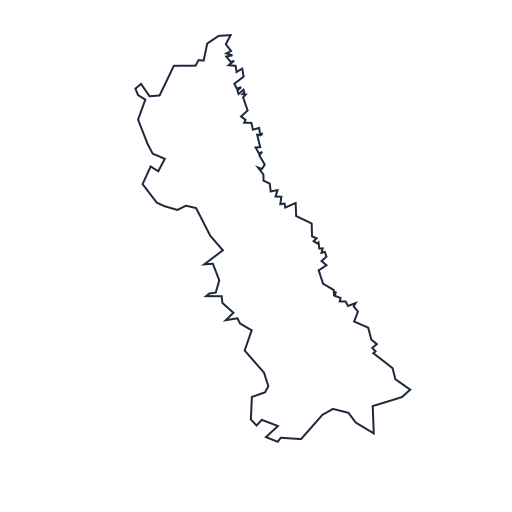 outline of Jericho & Al Aghwar, West Bank, Palestine, rotated 332°
{"feature_id": "87354302B18647900198549", "entity_name": "Jericho & Al Aghwar", "entity_type": "district", "adm_level": 2, "iso_a3": "PSE", "parent_name": "Palestine", "parent_adm1": "West Bank", "projection": "robinson", "projection_center": [35.498, 31.968], "detail": "medium", "context": "isolated", "style": "outline", "palette": "slate", "viewbox_px": 512, "rotation_deg": 332, "n_neighbors": 0, "source": "geoboundaries", "source_scale": "gbopen_adm2", "svg_char_len": 1937}
<svg xmlns="http://www.w3.org/2000/svg" viewBox="0 0 512 512"><g transform="rotate(332 256 256)"><path d="M337.3,49.1L326.4,44.1L312.7,45.5L301.5,58.9L297.2,56.1L292.0,59.6L272.8,49.5L246.2,69.0L237.0,65.0L235.3,50.1L228.1,51.6L227.4,58.6L231.7,66.0L215.9,80.2L212.9,105.8L212.8,117.1L221.1,127.4L209.5,135.3L205.0,127.5L189.6,139.3L193.4,162.2L198.3,168.8L208.2,178.4L217.8,178.7L225.6,185.6L225.1,216.6L229.4,235.4L206.4,239.1L214.3,242.6L212.1,260.3L203.3,269.4L197.1,267.2L193.1,268.0L206.8,275.4L204.3,281.7L209.4,295.5L199.1,298.5L210.4,302.3L210.2,308.1L217.3,319.6L201.6,334.1L208.3,362.7L205.8,376.7L200.0,380.6L186.2,378.5L174.7,397.9L176.9,405.9L184.2,403.4L195.5,416.4L179.8,420.6L188.0,430.3L192.5,428.1L209.8,438.8L240.2,427.4L252.1,427.1L264.0,437.9L265.9,450.0L276.7,467.9L288.6,443.3L318.7,449.1L329.4,446.4L321.2,430.3L323.9,419.1L314.0,396.9L316.8,396.3L315.5,391.7L321.3,390.5L318.6,383.9L321.4,372.0L311.9,359.9L319.9,353.0L318.6,346.3L321.9,344.3L313.8,343.3L313.7,338.2L308.6,335.4L311.0,332.8L306.8,328.1L309.9,325.1L307.0,326.1L308.7,322.6L302.2,311.9L304.6,298.1L313.9,297.2L311.5,291.3L317.9,289.6L318.7,284.7L315.3,283.9L318.5,280.6L315.4,279.2L317.6,273.3L316.0,273.7L313.8,270.0L317.8,268.8L314.7,265.0L320.4,253.4L310.2,239.6L315.9,227.8L304.6,227.0L305.8,223.1L301.8,221.7L306.2,215.6L301.2,212.7L305.9,207.9L299.3,205.9L302.1,198.5L298.0,193.0L300.8,187.5L299.3,178.8L302.0,181.9L306.6,179.5L306.2,168.7L310.3,166.9L306.8,167.0L306.6,160.0L310.8,161.9L314.0,149.4L316.5,151.6L319.4,151.0L316.8,150.2L318.9,144.4L312.6,143.0L314.4,136.3L308.1,132.7L310.7,130.9L308.3,125.8L316.9,123.6L319.1,109.9L322.8,108.6L320.1,106.8L322.5,106.1L323.0,103.3L316.6,104.8L317.3,101.0L322.2,100.1L317.6,99.0L317.8,93.7L329.3,91.8L331.8,84.1L325.2,84.4L327.3,78.5L321.4,74.7L328.4,73.4L324.8,72.9L323.4,65.9L329.4,67.8L324.9,63.2L330.2,63.3L328.8,54.8L337.3,49.1Z" fill="none" stroke="#1e293b" stroke-width="2"/></g></svg>